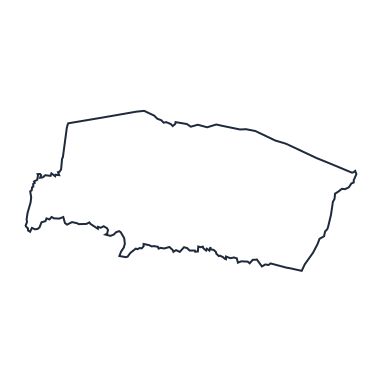 Lares, Puerto Rico (orthographic projection), rotated 98°
{"feature_id": "32010507B37684321987765", "entity_name": "Lares", "entity_type": "district", "adm_level": 2, "iso_a3": "PRI", "parent_name": "Puerto Rico", "parent_adm1": "", "projection": "orthographic", "projection_center": [-66.852, 18.269], "detail": "fine", "context": "isolated", "style": "outline", "palette": "slate", "viewbox_px": 384, "rotation_deg": 98, "n_neighbors": 0, "source": "geoboundaries", "source_scale": "gbopen_adm2", "svg_char_len": 2487}
<svg xmlns="http://www.w3.org/2000/svg" viewBox="0 0 384 384"><g transform="rotate(98 192 192)"><path d="M251.8,104.2L253.8,87.7L253.8,85.2L254.8,72.4L247.8,70.2L235.3,63.7L226.0,60.4L220.6,59.2L217.5,55.1L212.5,54.7L210.1,52.9L207.8,52.4L195.2,51.2L182.1,51.1L179.0,49.9L173.7,50.1L173.6,49.9L171.2,47.1L168.0,44.0L167.9,40.9L165.6,37.4L161.3,35.3L160.1,33.2L157.9,33.5L151.4,31.7L148.4,33.3L149.2,34.1L149.8,34.6L150.6,36.2L143.7,62.8L141.2,72.9L131.2,105.4L130.9,107.1L130.4,110.3L129.4,116.8L122.8,137.8L122.3,147.3L122.8,149.8L123.4,153.3L122.3,170.6L121.8,177.4L125.8,186.0L124.6,195.6L127.5,202.3L125.4,206.6L125.1,218.0L126.6,218.0L127.0,218.1L129.4,220.3L127.7,222.4L126.4,227.2L127.3,229.7L125.2,232.4L124.3,236.5L121.6,240.1L120.3,244.3L118.3,250.7L120.2,258.3L130.7,290.9L141.2,324.1L143.2,324.6L146.2,324.9L175.5,324.7L177.2,325.3L183.1,325.0L187.9,324.8L190.4,326.0L191.0,327.4L193.8,325.9L193.9,329.5L195.4,329.7L193.1,333.8L195.7,334.3L195.8,339.6L198.3,341.8L199.0,344.4L196.4,343.7L195.3,345.0L195.8,347.4L196.9,346.8L201.5,347.0L203.6,349.9L204.9,349.0L206.2,350.4L208.8,349.9L209.6,351.0L212.7,351.0L213.9,352.3L219.7,350.5L224.8,350.4L235.5,351.9L242.1,352.0L244.7,351.2L248.5,352.1L250.0,350.8L250.8,349.4L252.9,349.0L253.9,346.8L249.8,345.5L250.8,342.3L250.1,339.8L248.3,338.1L242.9,336.8L241.3,333.1L238.4,332.4L239.0,329.3L236.3,327.6L237.3,325.0L236.8,319.7L234.7,316.0L240.4,313.5L241.7,311.2L238.5,306.6L238.9,301.4L239.6,299.7L238.3,292.1L236.4,289.4L237.8,288.0L241.5,280.1L239.6,280.2L240.1,277.4L238.2,274.7L239.6,271.3L241.3,269.9L244.9,270.2L246.2,271.8L246.8,266.7L245.0,263.5L242.5,261.7L240.9,258.8L241.7,257.0L247.2,252.7L252.5,251.3L256.5,251.8L260.8,253.9L265.0,254.9L265.5,255.0L265.7,248.3L265.0,246.8L260.8,244.5L255.9,239.8L256.2,238.0L254.8,236.1L254.8,233.9L252.5,232.4L250.2,232.7L250.6,227.0L251.5,224.3L250.9,222.3L251.0,218.1L252.7,217.2L251.7,215.3L251.8,211.7L249.6,206.7L252.2,203.0L253.8,202.1L251.8,199.7L253.0,195.8L247.8,192.2L248.2,189.1L250.3,186.2L249.6,181.0L250.7,180.5L250.1,177.9L245.1,178.2L245.5,175.9L244.6,173.7L246.0,173.0L248.0,169.9L246.1,169.3L247.6,166.6L244.0,166.1L246.2,165.5L246.3,162.6L247.9,160.1L249.7,159.3L251.7,156.6L251.2,155.3L252.3,151.9L253.5,150.4L253.8,149.0L251.2,149.3L252.2,144.8L251.0,141.3L251.5,138.4L255.6,136.7L253.8,133.6L253.2,127.1L254.6,125.0L250.7,122.4L250.2,119.5L249.8,118.4L256.0,112.4L253.6,109.4L253.6,106.0L251.8,104.2Z" fill="none" stroke="#1e293b" stroke-width="2"/></g></svg>